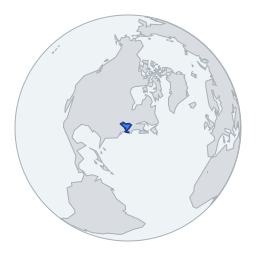 globe centered on New York, rotated 36°
{"feature_id": "USA-3559", "entity_name": "New York", "entity_type": "State", "adm_level": 1, "iso_a3": "USA", "parent_name": "United States of America", "parent_adm1": "", "projection": "orthographic", "projection_center": [-74.009, 42.755], "detail": "fine", "context": "on_globe", "style": "filled", "palette": "blue", "viewbox_px": 256, "rotation_deg": 36, "n_neighbors": 0, "source": "natural_earth", "source_scale": "10m", "svg_char_len": 11141}
<svg xmlns="http://www.w3.org/2000/svg" viewBox="0 0 256 256"><g transform="rotate(36 128 128)"><circle cx="128" cy="128" r="113" fill="#eef3f6" stroke="#a8b0b8"/><path d="M127.5,240.6L127.8,240.6L125.8,240.6L129.9,240.2L127.5,240.4L128.7,238.9L132.3,236.8L135.1,227.8L132.8,225.6L124.2,222.9L113.9,212.3L116.7,207.8L114.4,205.4L121.9,198.6L119.9,191.5L117.2,190.3L114.6,192.9L105.6,187.5L102.4,181.3L75.3,165.2L72.7,161.1L72.9,155.8L65.5,133.6L68.0,152.7L64.8,148.0L62.5,140.6L64.2,139.8L63.3,129.6L60.6,124.3L61.8,111.7L69.9,98.7L70.5,101.9L72.4,98.6L71.7,94.5L70.9,92.7L76.4,77.9L75.6,66.6L71.6,65.3L75.4,64.0L65.3,63.6L62.4,60.1L68.0,62.7L70.3,62.0L69.5,58.8L71.7,57.4L72.6,55.1L75.3,53.8L78.3,55.7L80.1,55.0L79.4,52.8L81.7,50.4L82.4,53.6L86.5,49.8L92.3,52.8L92.0,63.6L97.5,65.0L103.2,75.8L105.0,74.0L108.3,77.3L111.5,76.6L111.6,79.0L114.1,76.4L113.3,74.3L114.2,72.5L116.0,72.0L116.5,74.9L115.7,75.6L116.8,76.2L116.2,78.0L117.5,76.8L117.9,80.6L120.3,76.1L122.9,78.6L122.4,81.3L118.9,81.9L109.1,90.6L107.5,94.0L108.8,98.0L118.7,103.4L118.5,107.0L120.7,111.2L122.5,108.7L121.4,104.5L125.3,101.1L123.4,96.7L124.7,94.8L124.3,90.2L128.2,90.0L132.2,92.5L132.8,96.4L134.6,97.7L137.1,93.5L141.2,100.6L149.1,105.1L149.7,107.2L145.4,111.9L137.5,112.9L131.9,119.9L139.4,114.7L140.9,120.4L142.8,121.2L145.0,120.6L145.9,118.2L147.2,120.2L140.3,125.8L139.0,124.1L141.2,122.3L137.5,122.9L132.8,127.2L133.9,130.1L125.7,134.4L126.4,136.5L125.0,138.8L124.4,135.0L125.3,142.1L115.7,149.6L116.7,161.5L111.6,152.0L107.2,150.6L101.8,150.1L101.9,152.1L94.8,149.5L88.3,152.3L85.9,161.1L88.2,168.5L96.1,170.3L98.5,166.9L104.4,166.9L100.1,176.4L110.3,179.0L109.2,186.0L112.1,189.8L117.2,189.2L122.5,191.1L126.3,187.1L132.3,184.8L132.5,190.4L135.8,185.1L139.2,187.6L151.3,186.1L150.3,187.5L160.5,192.2L171.3,192.3L173.9,195.3L172.6,197.9L176.3,197.4L176.3,198.8L191.0,195.4L198.2,195.2L197.8,199.7L191.5,207.5L185.0,218.3L173.4,225.0L170.0,228.4L160.1,233.9L153.1,235.3L154.7,236.1L150.4,237.4L145.8,238.2L144.6,238.9L141.1,239.3L143.2,239.3L137.2,240.2L137.9,240.2L127.5,240.6ZM22.6,111.7L23.4,109.5L23.2,111.9L22.6,111.7ZM23.7,107.5L23.5,108.4L23.6,107.5L23.7,107.5ZM23.7,106.5L23.7,107.2L23.6,106.5L23.7,106.5ZM23.6,105.2L23.7,105.8L23.6,105.2ZM116.1,165.4L127.7,171.1L121.1,171.7L122.3,170.7L119.4,168.4L113.9,166.1L108.1,166.8L116.1,165.4ZM23.8,102.8L23.9,102.1L24.1,102.5L23.8,102.8ZM121.3,159.2L119.3,158.7L121.3,158.7L121.3,159.2ZM70.1,92.1L71.5,94.6L71.3,98.9L69.8,97.0L70.1,92.1ZM70.9,84.3L72.2,84.9L70.0,88.1L69.9,86.7L70.9,84.3ZM68.2,64.9L68.9,66.6L67.5,65.5L68.2,64.9ZM72.2,55.1L71.3,55.1L72.1,53.9L72.2,55.1ZM122.2,90.6L123.2,90.4L122.7,91.4L122.2,90.6ZM121.0,88.9L119.7,90.1L119.0,89.5L119.8,88.7L121.0,88.9ZM77.1,51.0L78.7,49.3L77.6,51.3L77.1,51.0ZM122.7,87.5L117.8,88.2L116.5,87.1L118.5,83.3L122.7,87.5ZM80.0,48.5L83.9,44.5L82.2,44.1L89.1,43.2L83.5,46.7L82.4,49.3L81.7,48.1L80.0,48.5ZM112.3,73.9L113.2,76.1L110.8,74.8L112.3,73.9ZM110.5,73.5L101.9,72.7L101.5,69.4L104.5,70.2L102.6,66.5L106.7,65.3L108.6,67.1L108.1,69.4L110.1,67.2L110.5,73.5ZM92.3,43.5L93.7,42.9L92.8,43.9L92.3,43.5ZM114.3,71.7L112.6,71.7L112.1,68.8L115.5,68.2L114.6,69.3L114.3,71.7ZM100.2,66.2L100.4,64.1L103.8,62.5L104.3,61.4L106.8,65.0L100.2,66.2ZM115.6,69.7L117.2,68.0L119.1,68.9L116.0,71.5L115.6,69.7ZM110.6,68.4L110.6,67.0L111.7,67.5L110.6,68.4ZM126.7,71.5L124.7,71.5L124.2,69.9L126.7,71.5ZM117.7,67.3L117.0,67.0L116.6,66.5L118.1,65.6L117.7,67.3ZM109.0,63.7L110.3,63.5L108.1,62.1L110.6,61.0L111.8,63.6L112.3,62.0L113.0,61.7L113.2,64.2L109.0,63.7ZM118.3,63.0L120.7,66.2L124.6,66.6L125.0,67.9L118.7,67.1L118.3,63.0ZM115.3,63.5L117.3,63.5L116.9,65.1L115.2,66.1L115.3,63.5ZM111.8,59.3L107.8,60.4L107.6,59.8L111.8,59.3ZM119.5,62.8L118.9,62.0L119.9,62.6L119.5,62.8ZM114.3,60.0L112.9,60.4L112.8,59.7L114.3,60.0ZM118.9,60.3L119.7,61.3L118.6,61.9L118.9,60.3ZM116.9,59.9L117.1,58.8L117.8,61.6L116.3,60.2L116.9,59.9ZM114.4,59.3L113.9,59.0L115.0,59.2L114.4,59.3ZM122.6,57.3L123.7,60.6L121.4,62.0L120.6,58.6L122.6,57.3ZM210.5,51.3L210.8,51.6L217.8,60.0L223.9,68.9L222.2,67.5L220.8,65.8L220.7,65.7L222.9,68.8L221.7,68.1L225.6,71.8L226.0,72.5L229.7,79.6L232.9,86.9L235.5,94.4L237.6,102.1L239.2,110.0L240.2,117.9L240.6,125.9L240.5,133.9L239.8,141.8L239.7,139.2L239.8,131.8L239.3,131.1L238.6,135.2L237.7,134.3L237.0,136.5L230.6,152.7L227.0,153.4L218.7,147.9L218.7,141.0L215.7,135.8L212.8,102.8L215.5,99.8L217.0,84.7L217.7,83.6L221.2,88.3L225.1,82.7L222.2,76.9L222.2,70.9L220.0,65.4L212.8,57.5L216.5,66.2L213.6,65.0L207.8,55.5L204.1,48.5L202.8,47.8L202.2,50.3L198.3,46.9L201.6,51.0L202.5,50.6L204.6,53.4L203.9,53.9L202.6,52.6L202.9,54.5L209.2,60.6L210.8,60.9L213.4,67.8L216.3,69.0L218.1,71.9L213.8,71.1L211.9,69.4L206.5,71.4L208.8,73.7L214.0,72.1L213.7,73.5L216.8,77.0L214.2,75.4L207.9,76.9L208.2,84.0L213.9,97.7L212.9,102.0L209.7,104.1L202.4,95.5L205.3,86.9L202.7,84.2L197.6,83.6L198.9,81.2L197.2,80.0L197.9,76.9L194.3,70.9L194.3,67.7L188.7,63.9L187.9,61.9L191.5,64.7L193.9,65.0L193.4,57.9L192.0,56.1L188.4,54.3L188.7,52.7L185.2,52.0L182.8,47.7L182.9,52.4L178.6,50.9L174.8,47.7L173.4,48.2L179.5,53.3L182.0,54.7L184.1,54.5L190.8,59.4L191.9,62.3L184.9,60.6L185.8,64.6L180.0,61.8L166.8,48.9L163.5,44.5L167.1,39.2L170.4,40.6L170.7,43.1L174.3,41.7L172.1,41.3L172.4,40.2L168.4,38.7L168.4,37.9L164.5,38.1L164.1,36.9L166.5,36.7L160.1,34.0L158.0,31.5L156.6,31.4L155.6,31.9L153.6,28.6L152.6,28.7L152.9,29.7L151.2,30.5L147.3,30.9L146.8,29.7L148.2,29.4L150.2,27.3L153.8,27.0L153.2,26.6L149.9,26.6L147.5,29.2L145.3,29.7L146.0,28.3L145.6,28.8L144.3,28.7L142.6,27.7L141.6,29.2L128.7,30.9L124.1,29.3L126.2,27.6L116.6,28.5L112.2,27.1L112.5,28.0L108.1,29.4L109.4,29.8L109.2,30.4L98.5,34.8L95.6,35.1L91.3,38.6L91.5,39.1L93.4,39.0L89.1,43.2L82.2,44.1L82.2,42.8L77.9,44.5L78.5,41.4L77.1,39.8L80.3,35.9L78.8,35.2L77.3,36.0L74.2,35.8L73.1,33.3L80.8,31.8L83.7,36.2L83.1,34.0L85.3,33.5L86.3,32.2L85.7,30.9L84.4,31.3L93.8,25.3L96.3,21.9L91.2,23.8L88.1,24.4L86.5,23.5L90.3,21.9L98.1,19.4L106.1,17.5L114.1,16.2L122.3,15.5L130.5,15.4L138.7,15.9L146.8,16.9L154.8,18.6L162.7,20.8L170.4,23.6L177.8,27.0L185.0,30.9L191.9,35.3L198.5,40.2L204.7,45.5L210.5,51.3ZM217.7,116.1L218.7,117.8L217.7,116.1ZM202.7,44.4L198.8,40.6L196.1,39.1L194.4,37.6L194.1,37.8L195.9,39.1L194.6,39.4L191.3,36.8L189.5,36.1L190.7,37.4L197.0,42.1L198.9,41.6L201.7,43.8L202.7,44.4ZM151.6,185.9L153.1,186.8L151.2,187.1L151.6,185.9ZM120.2,174.2L122.6,174.4L123.9,175.3L122.0,175.6L120.2,174.2ZM140.8,173.7L143.7,174.0L140.7,174.7L140.8,173.7ZM129.5,171.7L138.6,173.7L132.9,175.8L127.2,174.6L131.1,173.9L129.5,171.7ZM120.1,162.9L121.7,163.5L121.2,164.6L120.1,162.9ZM122.7,159.3L122.1,159.4L121.4,158.4L122.7,159.3ZM141.3,120.1L141.9,119.7L144.1,119.6L143.1,120.7L141.3,120.1ZM153.8,113.6L155.6,116.9L153.6,115.2L152.6,117.2L147.0,116.2L149.8,108.3L149.5,112.0L153.8,113.6ZM140.4,113.2L143.6,114.4L140.0,113.4L140.4,113.2ZM187.0,77.6L188.7,77.0L190.6,79.0L190.6,83.7L187.8,80.7L187.0,77.6ZM190.6,75.7L183.7,73.1L183.4,70.3L184.8,72.3L185.3,70.7L187.6,73.5L194.1,73.6L196.2,75.5L195.0,82.7L194.2,79.2L192.6,79.9L190.6,75.7ZM166.5,73.6L163.5,73.1L166.8,67.7L169.2,68.9L169.4,73.4L166.6,74.7L166.5,73.6ZM127.1,80.9L125.7,81.5L125.6,80.6L126.6,79.4L127.1,80.9ZM125.8,71.6L132.9,77.7L131.7,78.6L137.3,81.3L136.3,84.9L132.7,82.9L136.2,87.8L132.5,87.5L135.2,90.7L127.3,85.9L124.2,86.0L128.0,84.5L129.0,81.2L128.5,79.8L124.7,76.0L118.4,74.9L118.4,71.6L120.1,69.7L121.6,69.5L121.1,71.6L123.4,69.8L123.9,72.7L125.8,71.6ZM139.4,51.8L138.3,53.8L143.0,51.7L143.5,54.2L144.1,53.8L145.8,55.6L148.9,57.2L148.6,58.3L149.9,58.5L151.1,59.7L152.9,60.4L152.9,62.8L155.0,63.8L153.9,64.4L157.5,65.5L154.9,65.7L156.2,67.6L158.0,66.3L154.3,79.0L154.8,84.5L156.6,89.1L151.8,89.3L147.0,85.3L143.0,79.6L143.2,74.4L141.0,75.6L140.4,73.5L142.4,73.5L139.1,72.4L139.1,70.7L135.5,66.4L130.6,66.1L129.2,64.6L131.1,63.9L128.3,62.9L131.0,60.6L130.0,59.6L131.7,56.4L136.0,55.8L134.6,54.7L135.8,52.4L139.4,51.8ZM123.2,56.4L128.3,54.9L131.0,55.6L126.9,60.9L127.5,62.2L124.9,65.8L121.0,64.8L122.1,63.8L122.2,62.7L123.4,63.4L122.5,61.9L124.0,60.6L123.7,59.1L125.5,59.0L123.2,56.4ZM216.5,80.5L216.7,79.4L216.5,77.3L218.4,79.6L216.5,80.5ZM212.3,81.7L212.1,80.3L214.8,82.3L214.6,83.6L212.3,81.7ZM209.8,78.0L211.9,80.1L210.7,79.7L209.8,78.0ZM191.1,63.4L190.7,62.0L191.5,62.2L192.8,63.4L191.1,63.4ZM153.7,47.1L152.6,47.9L151.9,47.6L148.1,48.0L147.5,46.3L149.5,45.4L153.7,47.1ZM214.7,60.0L216.7,62.7L216.5,62.9L215.8,61.9L214.7,60.0ZM218.6,71.4L218.8,69.5L219.2,72.1L218.6,71.4ZM152.3,45.4L150.8,45.7L151.4,44.7L152.3,45.4ZM146.8,45.1L147.1,43.9L146.9,46.2L146.8,45.1ZM144.4,33.3L150.5,34.4L154.3,34.5L155.8,33.2L156.3,35.6L150.3,35.5L144.4,33.3ZM130.7,31.2L129.4,32.6L128.2,31.9L128.4,31.5L130.7,31.2ZM131.1,32.1L132.8,34.1L131.0,34.8L130.0,33.1L131.1,32.1ZM142.8,39.2L144.6,39.6L144.1,40.4L142.8,39.2ZM81.0,25.7L81.7,25.6L77.0,27.9L75.8,28.4L77.4,27.4L79.8,26.2L80.7,25.8L81.0,25.7ZM80.5,26.3L82.8,25.3L88.7,24.6L88.8,25.0L81.8,26.4L83.6,25.6L83.0,25.5L80.5,26.3ZM93.2,42.4L93.7,42.9L92.4,43.0L93.2,42.4ZM110.0,30.6L109.6,31.4L108.1,31.3L110.0,30.6ZM107.5,33.6L109.4,33.1L107.6,34.1L107.5,33.6ZM113.7,31.9L110.3,33.1L113.2,31.3L113.7,31.9Z" fill="#d9dde1" stroke="#a8b0b8" stroke-width="1"/><path d="M119.7,128.1L120.8,127.7L121.0,127.5L120.9,127.4L120.8,127.2L120.8,126.8L120.7,126.6L120.6,126.4L121.3,126.1L124.0,126.2L124.5,125.3L124.7,125.2L124.9,125.1L125.0,125.0L124.9,125.0L125.0,124.9L125.4,124.7L125.6,124.5L125.6,124.4L126.2,123.8L126.4,123.7L126.5,123.7L126.8,123.6L127.0,123.6L128.9,123.6L128.9,123.8L128.9,124.0L128.9,124.3L129.0,124.6L129.0,124.8L129.0,125.0L128.9,125.1L128.8,125.4L128.8,125.5L128.9,125.8L128.9,126.0L128.8,126.3L129.0,126.3L129.1,127.8L129.1,128.0L128.7,129.3L128.8,129.4L128.7,130.9L128.8,131.0L128.4,131.2L128.5,131.4L128.5,131.5L128.4,131.5L128.3,131.8L128.2,131.8L128.1,131.7L128.2,131.4L128.2,131.2L128.1,130.9L128.1,131.0L128.2,131.4L128.2,131.5L127.0,130.7L126.9,130.6L126.7,130.6L126.5,130.3L126.5,130.2L126.4,130.2L126.5,130.1L126.4,130.0L126.5,130.0L126.5,129.9L126.4,129.9L126.3,129.7L126.2,129.7L119.6,129.2L119.7,128.1ZM131.1,131.3L131.1,131.2L131.2,131.3L130.9,131.4L130.4,131.7L130.2,131.7L130.3,131.7L130.2,131.7L130.2,131.8L129.9,131.9L130.0,131.8L129.9,131.8L129.7,131.9L129.5,132.0L129.4,132.0L129.2,132.0L128.9,132.1L128.7,132.2L128.4,132.2L128.6,132.2L128.6,132.3L128.4,132.3L128.1,132.3L128.3,132.2L128.2,132.2L128.2,132.3L128.0,132.2L128.1,131.9L128.3,131.8L128.5,131.8L128.4,131.8L128.4,131.7L128.5,131.7L128.5,131.8L128.5,131.7L128.8,131.7L129.0,131.6L128.9,131.6L129.1,131.6L129.3,131.6L129.5,131.5L129.8,131.5L130.0,131.5L130.3,131.3L130.5,131.1L130.4,131.3L130.3,131.5L130.3,131.4L130.2,131.5L130.3,131.6L130.4,131.4L130.5,131.4L130.8,131.4L131.0,131.3L131.1,131.3ZM127.8,132.2L127.9,132.3L127.7,132.4L127.7,132.2L127.8,132.1L127.8,132.2ZM129.6,132.0L129.8,131.9L129.4,132.1L129.1,132.2L129.4,132.1L129.6,132.0ZM128.1,131.8L128.1,132.0L128.0,131.9L128.1,131.7L128.1,131.8L128.1,131.8ZM129.1,132.2L128.6,132.3L129.0,132.1L129.1,132.2ZM130.5,131.2L130.5,131.3L130.4,131.3L130.5,131.2ZM131.0,130.9L130.9,130.9L131.0,130.9L131.0,130.9ZM130.8,131.2L130.9,131.3L130.8,131.2L130.8,131.2Z" fill="#3b82f6" stroke="#1e3a8a" stroke-width="1.5"/></g></svg>